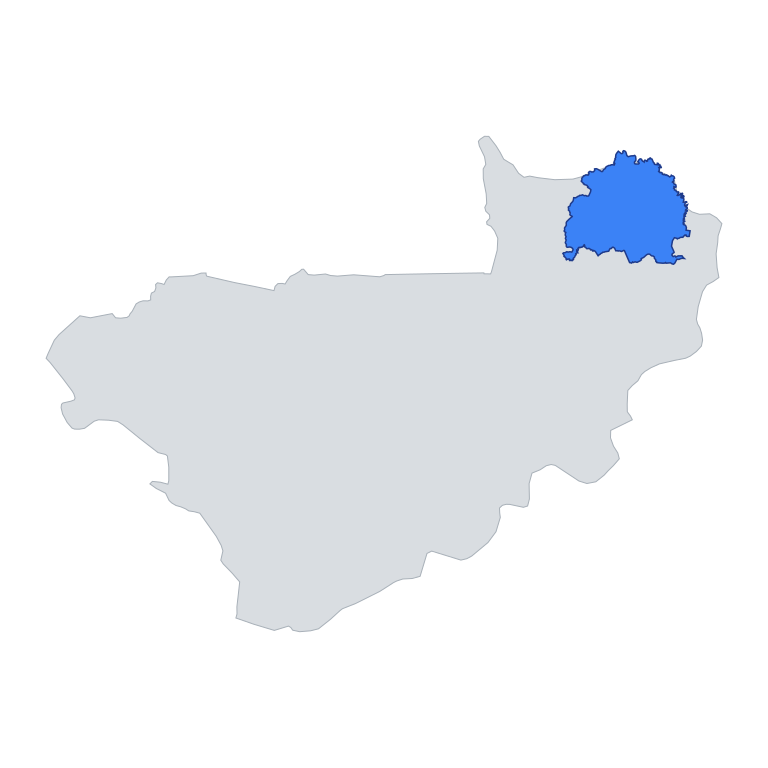 Comoe, Komoé, Burkina Faso shown in context, rotated 180°
{"feature_id": "67063806B6461887322435", "entity_name": "Comoe", "entity_type": "district", "adm_level": 2, "iso_a3": "BFA", "parent_name": "Burkina Faso", "parent_adm1": "Komoé", "projection": "orthographic", "projection_center": [-4.497, 10.243], "detail": "fine", "context": "in_parent", "style": "filled", "palette": "blue", "viewbox_px": 768, "rotation_deg": 180, "n_neighbors": 0, "source": "geoboundaries", "source_scale": "gbopen_adm2", "svg_char_len": 9068}
<svg xmlns="http://www.w3.org/2000/svg" viewBox="0 0 768 768"><g transform="rotate(180 384 384)"><path d="M596.8,491.1L574.8,492.3L566.8,494.9L562.0,495.0L561.8,493.0L561.2,491.8L533.3,485.4L513.8,481.6L494.0,477.4L492.9,481.6L490.1,484.4L485.9,484.6L482.9,484.0L480.9,487.3L477.7,491.6L473.2,493.7L468.7,496.4L466.2,498.7L464.4,498.8L459.8,493.4L453.8,492.9L442.5,494.0L437.5,492.5L430.6,491.9L414.3,493.2L388.2,491.2L384.0,492.5L382.8,493.4L357.0,493.9L328.6,494.4L304.9,494.8L284.1,495.1L284.0,494.2L277.4,494.1L276.6,496.0L270.8,517.8L270.2,529.7L273.4,537.0L277.0,541.7L281.0,543.6L281.4,546.2L278.2,549.7L278.5,553.2L282.2,556.8L283.2,560.6L281.3,564.5L281.8,574.1L284.7,589.3L284.8,599.1L282.2,603.6L283.5,611.3L288.7,622.1L289.6,626.7L287.8,628.8L283.5,631.7L279.2,631.6L274.1,625.0L271.9,622.1L267.8,615.5L264.3,608.8L259.6,605.9L255.0,603.2L249.4,594.7L244.0,590.7L238.3,591.9L230.0,590.3L213.2,588.3L195.1,588.9L187.7,590.9L180.3,594.0L161.5,600.8L154.1,604.2L148.5,612.7L142.2,612.5L135.8,609.8L131.8,605.9L123.2,606.8L115.0,603.0L107.0,595.6L101.1,593.2L93.6,587.9L91.5,577.7L86.8,570.5L82.5,560.6L76.0,556.1L68.5,553.7L58.2,554.2L51.4,550.2L46.1,544.4L47.5,539.4L49.9,532.2L50.3,525.4L51.9,514.2L50.9,500.3L49.1,490.5L54.8,486.5L61.4,482.9L65.5,476.3L69.8,461.4L71.6,448.6L70.3,443.9L68.1,440.1L66.4,434.6L65.4,427.8L66.6,421.9L71.6,416.5L77.8,411.9L82.3,409.8L94.0,407.5L108.6,404.1L117.0,400.3L123.2,396.5L126.6,393.4L130.1,387.2L135.8,382.4L140.2,377.5L140.8,363.9L140.7,356.2L137.5,351.9L135.7,348.2L157.3,337.6L157.5,330.1L154.5,321.8L150.2,315.0L148.7,309.2L154.6,302.4L159.9,297.2L163.8,292.9L172.2,286.2L181.1,284.5L189.1,287.0L212.7,302.6L216.8,303.5L221.7,302.3L227.9,298.2L236.0,294.9L238.9,284.4L238.6,269.0L240.4,262.0L244.6,260.7L258.2,263.6L261.7,263.7L265.6,262.7L268.5,260.0L268.3,255.0L267.7,250.6L272.0,236.3L280.0,225.5L296.2,212.0L301.2,209.3L307.1,207.9L336.3,216.9L341.0,214.6L347.9,191.7L355.8,189.5L365.2,189.0L371.3,187.0L374.5,185.4L388.2,176.6L412.4,164.5L425.5,159.3L428.0,157.4L437.3,148.9L449.5,139.2L457.4,137.2L468.3,136.3L475.3,137.8L477.2,140.5L479.5,141.9L493.7,137.6L514.3,143.8L532.1,150.0L531.0,154.0L531.1,161.2L529.8,172.5L528.3,186.1L535.8,194.8L544.8,204.1L547.2,207.8L545.1,217.1L546.8,222.6L551.7,231.6L559.8,243.0L568.2,254.8L573.8,256.3L579.2,257.1L582.5,259.2L587.3,261.2L592.0,262.5L596.2,265.0L598.9,267.5L602.4,274.8L611.7,279.5L618.1,284.1L615.6,286.6L607.7,285.8L600.1,283.8L599.2,287.3L599.2,300.8L600.6,312.0L602.4,313.5L610.0,315.4L628.3,329.6L644.9,343.1L650.4,346.6L659.5,347.8L669.5,348.2L673.8,346.8L683.4,339.7L688.6,338.8L693.4,338.9L696.0,339.9L700.8,345.5L705.4,354.0L706.9,360.3L706.5,363.7L705.1,365.0L697.1,366.8L693.7,368.1L692.9,370.0L694.2,374.2L695.8,376.9L704.9,389.1L717.9,405.5L721.9,409.7L719.8,414.7L713.7,427.8L709.0,433.4L688.1,452.2L677.6,450.2L655.8,454.4L652.4,450.2L647.3,449.8L640.9,450.6L638.7,452.3L638.0,454.1L635.8,456.7L631.9,464.1L628.8,466.0L624.9,467.2L620.1,467.1L617.3,468.1L617.4,471.7L616.6,474.9L613.4,476.5L612.1,480.1L612.4,483.5L610.5,485.2L606.4,484.4L603.9,483.5L601.7,488.0L598.9,491.1L596.8,491.1Z" fill="#d9dde1" stroke="#a8b0b8" stroke-width="1"/><path d="M201.6,508.2L200.5,508.8L200.0,508.7L199.9,509.0L198.6,509.0L198.3,508.7L198.4,507.5L198.1,507.4L196.6,507.8L196.0,507.3L195.2,508.3L195.0,508.1L194.6,508.4L194.4,508.9L194.7,509.7L193.3,511.0L192.8,512.4L191.9,513.3L191.9,513.7L192.3,514.1L192.2,514.4L191.3,514.9L191.1,515.3L190.3,515.3L191.0,516.2L190.3,516.9L190.7,517.6L191.3,517.3L191.3,518.0L190.5,517.8L189.8,517.9L189.6,518.4L190.1,519.6L189.5,520.2L189.0,520.1L188.8,520.7L187.7,520.4L187.0,520.9L186.6,520.7L186.2,520.8L185.6,521.0L185.5,521.5L184.5,521.6L184.2,522.9L183.7,523.2L183.3,522.7L183.6,522.3L183.7,521.5L183.1,520.9L182.4,520.8L181.5,519.4L179.9,519.3L179.2,519.6L178.2,519.3L177.5,518.1L176.7,518.1L176.4,518.3L175.6,517.7L175.4,517.0L175.2,517.0L175.0,517.5L174.5,517.5L174.3,517.1L173.8,517.3L172.6,516.5L169.9,512.2L169.6,512.3L169.0,513.2L167.9,513.7L167.4,514.4L166.0,515.0L165.2,515.8L163.9,515.8L163.2,516.2L159.3,516.8L158.4,518.7L157.8,519.5L157.0,519.4L156.5,519.7L155.7,520.7L154.6,520.7L153.4,519.8L152.2,517.2L150.5,517.3L149.9,516.9L149.3,517.2L148.3,517.1L146.5,516.5L144.2,517.6L143.6,517.4L138.4,505.4L137.6,505.4L136.7,504.9L135.8,505.4L135.5,506.0L134.7,505.5L132.8,506.2L131.8,505.8L130.8,505.7L127.8,507.2L126.6,508.2L126.8,509.4L124.3,510.6L121.3,513.3L119.9,513.9L118.2,513.8L117.1,512.7L116.2,512.1L114.9,512.0L113.6,511.0L113.7,509.9L112.1,507.9L112.3,507.3L112.1,506.5L111.3,506.2L111.3,505.5L111.1,505.4L109.9,505.2L105.1,504.8L103.5,504.9L102.4,505.5L102.0,504.8L97.5,505.2L95.9,504.1L94.4,503.8L93.1,505.0L91.1,508.8L89.9,508.6L88.6,508.7L87.8,509.2L86.0,509.7L83.7,509.5L84.8,510.5L86.0,512.2L89.9,512.1L92.1,511.0L92.2,511.4L93.1,512.1L94.8,511.4L95.9,512.5L96.1,513.0L95.9,513.2L95.9,513.7L95.7,514.2L93.9,515.5L94.1,516.4L96.5,521.8L95.5,527.3L93.6,530.3L91.6,529.8L91.1,529.4L91.1,529.6L90.2,529.5L89.0,529.7L87.8,530.5L86.9,530.7L85.1,530.7L84.5,531.7L82.9,532.8L82.9,533.0L81.8,532.9L81.7,531.9L81.4,531.7L80.5,531.5L78.8,531.6L77.9,537.2L81.9,537.8L81.6,540.5L82.3,542.3L83.2,543.1L84.4,543.4L84.7,543.8L84.7,544.2L84.0,544.6L84.5,545.6L84.8,545.4L84.8,545.9L84.4,546.4L83.5,546.5L83.2,546.8L84.7,547.9L83.5,548.9L83.6,549.2L84.5,549.2L84.5,549.6L83.8,550.5L84.0,551.5L83.3,551.4L82.7,551.7L83.7,552.8L83.0,552.9L82.6,553.5L82.9,553.8L83.4,553.4L83.7,554.2L83.3,554.5L82.6,554.4L82.0,554.6L82.8,555.8L82.4,556.0L82.0,555.8L80.7,557.0L80.7,557.4L82.1,557.6L82.5,557.9L81.9,558.8L80.8,559.3L80.8,560.5L81.3,560.9L81.8,560.9L81.7,561.7L81.0,562.2L80.5,563.4L82.2,562.7L82.9,561.9L83.4,562.6L83.4,563.3L82.6,565.3L81.5,565.6L81.2,565.9L81.6,566.3L82.0,566.4L82.8,566.0L84.7,565.8L84.4,567.4L84.1,568.0L84.2,569.3L85.2,570.0L86.8,570.2L87.2,570.9L86.9,571.3L86.1,571.5L85.6,571.0L84.7,571.1L84.3,570.9L84.0,571.6L84.5,572.4L86.9,572.5L87.0,572.7L85.6,573.9L85.4,574.3L85.6,574.7L86.5,574.4L87.2,574.6L87.5,574.0L88.7,573.1L90.1,572.5L90.7,572.6L89.8,574.5L89.3,574.9L89.2,575.6L89.5,576.1L90.7,576.0L91.6,576.4L91.9,577.2L92.5,577.8L93.5,578.0L93.6,579.1L94.3,579.7L93.7,580.5L94.1,581.0L94.1,581.4L92.2,580.7L91.9,581.2L92.1,583.1L93.9,584.0L94.2,584.4L94.2,585.0L95.6,585.9L95.3,586.4L94.6,586.5L94.1,587.1L94.4,587.9L94.3,588.6L94.0,589.3L93.4,589.8L93.8,591.1L94.8,592.0L96.1,592.3L96.7,592.8L97.2,591.7L98.4,591.1L100.1,592.4L100.8,592.4L101.3,593.1L102.7,592.9L103.3,593.6L104.3,593.3L105.5,593.7L105.7,593.8L105.7,594.7L106.5,595.5L107.9,595.3L108.6,596.1L109.2,596.3L109.4,596.6L108.8,597.2L108.8,598.2L108.5,599.2L109.2,600.5L106.8,600.4L106.7,600.6L107.4,602.0L108.2,601.9L108.2,603.2L109.1,603.0L109.4,603.2L109.5,604.3L110.2,604.8L110.7,604.8L110.7,603.3L113.3,603.6L113.6,603.9L113.7,604.9L114.5,605.4L115.8,608.5L116.1,609.0L117.2,609.2L117.5,610.0L118.4,609.8L119.0,608.8L119.8,609.0L120.4,608.2L120.5,607.0L120.9,606.8L121.3,606.7L121.6,607.3L122.4,607.4L123.0,607.9L123.8,606.8L123.9,606.0L124.6,606.6L125.2,606.7L126.2,607.8L126.3,608.5L127.1,609.1L128.0,609.1L129.2,608.0L130.2,606.3L130.0,606.0L129.4,605.8L128.8,604.7L129.0,604.5L129.5,604.0L132.4,604.0L133.2,604.3L133.6,605.1L133.4,606.3L132.2,607.5L132.1,609.0L132.4,611.6L133.2,612.5L133.4,612.6L134.6,612.2L137.0,612.1L139.8,611.3L140.9,612.2L141.2,612.7L141.8,615.0L142.3,616.2L143.2,617.0L144.4,617.3L144.8,617.0L145.2,616.5L145.0,615.7L145.2,615.1L146.0,614.4L146.9,614.5L149.7,616.8L151.3,614.8L152.1,613.4L152.4,611.3L152.2,610.7L153.0,609.4L152.6,608.8L153.1,608.1L153.4,607.9L153.4,607.2L153.9,606.3L153.8,605.8L154.3,605.0L154.1,604.7L153.3,604.7L153.2,604.5L153.8,603.0L155.4,603.3L156.9,603.2L157.5,602.6L159.1,602.6L161.6,601.4L162.2,600.8L162.7,599.5L164.6,598.2L165.0,597.2L165.9,596.4L166.5,596.5L170.3,598.8L171.7,599.3L173.4,599.1L173.3,597.6L174.5,596.2L176.4,596.0L177.1,596.5L178.2,596.6L178.8,596.3L179.5,595.4L179.0,594.6L179.5,593.1L180.2,592.8L180.7,593.1L182.5,593.0L183.3,592.3L184.1,592.3L186.2,589.8L186.1,588.0L186.6,587.3L186.7,586.7L184.8,584.9L184.6,584.3L184.1,584.3L183.8,583.5L181.1,582.7L180.3,581.7L180.5,581.7L180.5,581.0L180.1,580.4L178.6,579.6L177.1,578.3L177.5,576.1L179.2,572.4L179.6,572.0L181.3,571.9L181.9,572.4L182.3,572.5L183.8,572.3L185.5,573.2L187.0,572.6L188.2,572.7L189.0,572.0L189.8,571.8L192.3,570.2L194.3,570.3L194.7,567.8L195.2,566.6L197.4,564.2L198.0,562.1L199.6,561.1L199.7,560.1L199.3,559.4L199.6,557.9L198.4,556.8L198.3,555.9L197.8,555.2L198.1,553.2L197.3,552.4L196.1,551.9L195.8,551.4L198.7,549.0L201.3,546.4L201.8,545.2L201.7,542.7L203.5,540.0L203.3,538.1L203.9,537.0L203.2,536.1L202.2,535.6L202.6,534.5L202.8,533.0L201.9,531.2L202.5,530.1L202.6,529.4L201.8,528.0L202.7,525.5L202.5,524.8L201.7,523.6L201.6,523.0L201.8,522.0L201.3,521.0L200.6,520.7L198.3,521.0L196.9,520.7L195.4,519.6L194.9,518.2L196.2,515.9L198.1,516.3L199.9,515.9L201.2,516.3L202.9,515.3L204.4,515.2L205.1,514.6L203.9,512.6L204.0,511.7L203.6,511.7L202.6,510.4L202.2,510.3L202.5,510.3L201.8,509.6L201.9,508.7L201.6,508.2Z" fill="#3b82f6" stroke="#1e3a8a" stroke-width="1.5"/></g></svg>